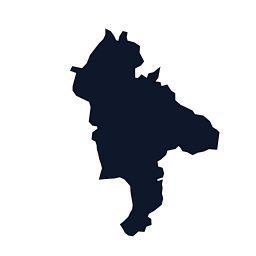 Nova Candelária, Rio Grande do Sul, Brazil (Natural Earth projection), rotated 51°
{"feature_id": "56859067B5829656226463", "entity_name": "Nova Candelária", "entity_type": "district", "adm_level": 2, "iso_a3": "BRA", "parent_name": "Brazil", "parent_adm1": "Rio Grande do Sul", "projection": "natural_earth1", "projection_center": [-54.119, -27.603], "detail": "fine", "context": "isolated", "style": "filled", "palette": "ink", "viewbox_px": 256, "rotation_deg": 51, "n_neighbors": 0, "source": "geoboundaries", "source_scale": "gbopen_adm2", "svg_char_len": 1579}
<svg xmlns="http://www.w3.org/2000/svg" viewBox="0 0 256 256"><g transform="rotate(51 128 128)"><path d="M214.6,191.8L214.2,184.7L218.2,180.5L215.4,175.9L217.2,170.9L213.1,168.0L209.0,169.4L207.1,165.8L208.1,159.7L208.1,150.3L204.4,145.6L199.5,143.3L196.1,139.6L192.5,137.5L190.1,134.7L188.3,139.5L185.3,137.8L187.5,132.0L185.5,129.1L180.8,127.0L176.8,129.7L171.7,126.4L172.5,122.5L172.1,115.5L169.5,111.6L173.4,104.2L172.9,99.5L176.2,98.9L180.1,99.5L183.6,96.6L189.1,94.3L190.4,89.0L193.4,83.4L194.6,78.1L200.0,72.4L188.6,60.4L185.3,60.8L180.8,62.4L174.3,60.8L166.1,62.4L159.6,68.0L155.2,67.6L143.2,73.3L135.9,74.5L130.6,70.3L125.7,71.7L119.3,70.9L117.0,76.6L112.9,74.8L108.6,78.9L107.4,73.3L103.8,69.1L101.4,66.2L101.4,73.3L99.3,77.7L102.0,82.2L98.9,83.3L95.7,84.2L96.2,89.2L93.4,91.7L85.4,85.3L86.8,78.5L85.8,74.2L76.4,72.3L71.7,68.0L65.7,69.9L59.9,74.2L56.1,72.5L53.2,69.1L50.2,71.3L51.9,76.5L55.3,80.8L52.4,82.8L47.7,81.6L42.2,81.2L37.8,83.2L41.8,86.3L44.1,91.0L44.7,97.0L45.8,101.7L46.7,105.6L48.2,111.6L52.4,119.0L53.4,126.4L45.8,132.6L47.3,135.9L52.9,132.6L61.1,144.1L64.3,146.8L70.3,147.2L83.2,141.0L88.7,143.3L98.7,153.8L103.5,153.4L107.1,150.1L110.1,151.7L109.7,158.1L114.1,162.6L118.1,161.0L122.0,162.6L125.6,165.1L129.4,166.6L133.8,169.0L139.2,171.0L143.5,173.0L146.7,177.7L149.8,181.9L155.2,173.8L157.7,170.5L160.5,164.9L165.4,162.4L174.8,162.0L179.2,165.3L183.1,167.6L186.9,169.7L191.2,172.1L194.4,175.4L195.7,179.1L197.9,183.5L198.6,190.2L198.5,194.3L203.6,194.8L207.5,195.6L211.4,194.7L214.6,191.8Z" fill="#0f172a" stroke="#020617" stroke-width="1.5"/></g></svg>